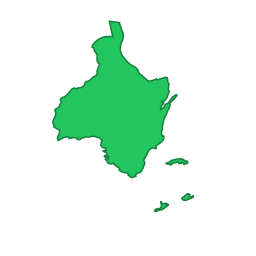 Ilha De Moçambique, Nampula, Mozambique, rotated 51°
{"feature_id": "85939544B37446089230364", "entity_name": "Ilha De Moçambique", "entity_type": "district", "adm_level": 2, "iso_a3": "MOZ", "parent_name": "Mozambique", "parent_adm1": "Nampula", "projection": "equal_earth", "projection_center": [40.649, -15.056], "detail": "fine", "context": "isolated", "style": "filled", "palette": "green", "viewbox_px": 256, "rotation_deg": 51, "n_neighbors": 0, "source": "geoboundaries", "source_scale": "gbopen_adm2", "svg_char_len": 5881}
<svg xmlns="http://www.w3.org/2000/svg" viewBox="0 0 256 256"><g transform="rotate(51 128 128)"><path d="M91.9,189.6L93.0,190.0L93.7,190.1L94.1,189.7L94.0,188.4L95.1,183.6L95.5,182.7L96.5,181.0L97.1,180.3L97.8,179.9L98.6,179.8L99.1,180.4L99.4,180.1L99.3,179.0L100.2,178.4L101.0,176.5L101.7,175.7L103.0,174.8L103.1,174.6L103.7,174.4L104.9,174.4L105.8,173.8L106.6,172.8L106.8,171.9L106.5,170.5L106.7,170.1L107.4,169.5L107.8,167.7L108.2,166.8L109.8,164.8L111.0,163.1L111.7,161.5L113.2,159.5L114.3,158.7L116.0,157.9L116.5,157.0L117.3,156.6L121.2,155.8L121.5,156.0L121.6,156.7L121.9,157.1L123.5,159.2L124.2,159.9L125.5,160.1L126.6,160.1L127.6,159.7L128.4,159.1L128.8,158.4L129.1,158.1L129.5,158.1L130.0,158.5L131.2,158.4L131.5,158.7L131.6,159.0L131.6,159.5L130.7,160.4L130.4,160.9L130.2,161.8L131.9,161.3L132.4,160.8L133.2,160.3L133.9,160.2L134.7,160.4L135.0,161.0L135.1,161.4L135.2,161.8L135.7,162.2L135.7,162.6L135.2,163.1L134.8,163.6L135.2,164.3L135.7,164.3L136.7,163.8L137.3,163.1L137.5,162.1L138.0,161.1L138.3,161.0L139.1,161.6L139.3,162.5L139.0,162.9L138.8,163.7L138.1,164.7L138.3,165.5L139.5,165.0L140.2,164.9L140.9,165.3L141.4,165.7L143.0,165.6L143.9,164.7L144.9,164.5L146.2,161.8L146.6,161.6L148.1,161.7L149.5,161.3L150.3,161.2L154.1,159.9L154.6,160.1L154.7,160.7L155.1,161.2L155.7,161.3L156.5,161.2L159.7,159.5L161.1,158.1L161.8,157.6L162.0,157.1L162.6,156.8L164.2,157.0L164.8,157.6L165.4,157.5L166.0,157.0L167.6,157.0L168.4,156.5L169.1,155.9L169.6,155.1L169.8,154.0L170.6,152.3L170.5,152.1L169.3,152.2L169.1,151.3L169.1,150.1L169.2,148.9L169.8,147.1L170.3,146.3L170.1,145.0L168.7,141.8L167.6,140.0L166.8,138.2L165.7,137.0L164.9,136.5L164.2,136.3L163.5,136.5L163.0,136.2L161.7,133.3L161.3,131.7L159.3,128.0L158.6,125.5L158.4,124.3L158.5,122.1L159.4,120.8L160.5,120.2L161.1,120.0L161.5,119.5L161.6,118.8L161.3,118.2L160.1,118.0L159.6,117.6L159.4,116.9L159.7,115.9L159.8,114.2L159.8,111.0L159.5,108.5L158.6,106.6L157.8,105.9L157.1,105.4L156.5,105.5L156.2,106.1L155.1,106.0L154.3,105.8L152.1,104.5L151.7,104.1L151.2,102.9L150.7,102.2L149.0,100.8L147.6,99.3L146.1,97.5L145.5,96.5L144.2,95.1L142.8,92.6L142.0,90.4L139.8,86.7L139.4,85.5L138.8,84.5L138.4,83.4L137.1,81.3L136.2,80.4L134.9,79.5L134.8,79.0L134.6,75.9L134.3,72.8L133.6,69.5L133.2,69.3L132.7,69.3L132.5,69.6L132.3,70.2L131.9,73.2L132.1,74.8L132.9,77.3L133.2,78.8L133.9,80.3L134.0,81.1L133.3,83.5L133.4,85.3L134.4,86.6L134.5,87.4L134.4,89.1L134.1,90.3L134.2,90.9L133.9,91.2L132.8,89.3L132.0,88.6L131.7,88.0L131.6,86.3L131.1,84.4L130.6,84.3L130.1,84.9L129.3,85.2L128.8,85.0L128.8,84.5L129.4,83.7L129.6,83.1L129.7,82.2L129.6,81.0L129.1,79.0L127.7,76.6L127.2,75.9L126.5,74.5L125.9,74.0L125.2,72.8L124.7,72.5L123.3,72.5L122.3,71.6L122.3,71.2L122.0,70.9L121.3,70.7L121.0,70.3L120.7,69.6L120.1,68.8L119.5,68.4L117.1,68.0L114.4,66.1L113.5,65.9L112.9,66.3L112.4,66.8L111.8,67.6L111.0,70.1L110.0,72.2L109.5,74.4L108.9,75.0L107.8,74.7L107.1,77.8L106.7,78.3L105.6,81.2L104.2,82.5L103.7,82.8L94.6,84.4L93.8,84.9L92.4,84.9L92.0,84.7L90.5,84.4L89.5,83.8L86.4,83.9L84.4,84.4L83.9,84.8L82.9,85.0L80.2,86.2L76.0,86.8L71.8,87.0L66.8,86.7L66.4,86.5L66.0,86.5L63.6,85.5L62.2,84.7L61.8,84.2L60.9,83.5L60.5,82.8L59.9,82.6L59.3,81.8L58.7,81.3L57.2,78.9L56.2,76.7L54.3,74.5L52.5,72.9L50.5,71.9L49.4,71.7L48.4,71.3L47.9,71.3L47.0,70.8L46.5,70.8L44.3,69.7L43.8,69.7L42.8,69.3L41.8,69.1L40.8,68.2L33.3,75.3L47.6,82.5L45.2,84.7L44.9,85.3L44.4,85.7L44.2,86.4L43.3,87.4L42.4,88.7L41.6,90.6L41.0,92.9L40.5,96.1L40.5,99.4L41.1,102.6L41.7,103.9L42.5,105.1L44.1,104.4L45.1,104.4L47.3,105.6L49.9,105.6L51.1,105.9L52.3,106.3L55.7,109.3L56.8,109.9L58.9,110.1L60.1,109.9L60.8,110.5L61.8,112.1L62.3,113.5L63.1,114.4L64.5,116.5L66.6,117.9L66.9,118.6L67.1,119.4L66.5,122.8L66.5,124.5L66.8,126.0L66.7,126.4L66.9,127.4L66.8,128.2L66.6,129.1L65.8,131.2L65.7,132.3L66.0,133.3L66.5,134.0L66.9,134.3L67.2,135.0L67.5,136.1L67.4,137.4L67.1,138.9L65.3,141.9L65.2,142.6L65.0,143.4L64.5,143.9L63.3,144.3L62.5,146.4L62.5,147.3L62.8,149.5L63.4,152.2L63.7,153.2L63.9,155.6L63.8,158.1L63.1,159.4L62.8,161.7L62.9,162.3L63.9,162.9L65.3,163.2L66.0,163.8L66.5,164.7L66.9,166.2L68.0,167.5L68.2,168.3L68.2,170.6L67.6,172.1L67.8,173.2L68.6,174.0L70.5,174.5L72.2,175.8L73.1,177.2L73.5,178.3L74.3,180.0L75.7,182.2L76.2,182.5L76.8,183.1L78.0,183.4L78.9,183.7L79.6,184.4L80.6,184.9L84.8,183.4L85.7,182.8L86.8,182.8L88.4,184.1L89.7,186.2L90.2,187.5L91.1,188.8L91.9,189.6ZM191.9,106.9L192.0,105.4L192.7,104.4L192.6,103.7L191.8,102.7L191.3,102.7L190.1,103.9L189.6,104.2L188.8,104.3L188.2,104.7L186.5,105.2L186.0,106.1L185.8,106.3L185.4,106.1L184.9,106.2L184.4,107.8L182.8,109.7L181.2,113.3L180.6,114.2L180.5,115.1L180.5,117.7L179.9,118.6L180.0,118.8L179.6,120.0L179.3,120.6L179.6,120.8L180.3,120.6L180.6,120.1L181.8,119.0L182.3,118.4L182.6,118.1L182.7,118.5L183.1,118.6L183.5,118.0L183.9,116.7L183.6,116.2L183.4,115.4L184.8,113.1L185.9,110.5L186.7,110.2L187.2,110.6L187.8,110.6L188.3,109.9L188.9,109.5L189.0,108.5L188.4,108.5L188.3,108.0L189.4,107.6L189.8,107.0L190.3,106.8L190.8,107.0L191.0,106.8L191.5,107.4L191.9,106.9ZM213.3,149.0L213.3,145.4L212.9,144.8L212.5,145.1L212.6,146.9L212.6,147.4L212.2,147.4L211.9,147.1L211.7,145.9L211.5,145.5L211.0,145.3L210.6,145.6L210.3,146.2L209.4,147.3L209.3,148.2L208.8,149.0L208.4,149.1L206.2,148.5L206.0,148.9L206.5,149.4L209.5,150.8L210.0,151.7L210.1,152.5L210.6,152.7L210.6,154.6L210.1,155.0L209.6,155.1L209.6,156.2L208.7,156.9L208.6,158.0L208.9,158.9L209.3,159.6L210.8,158.1L211.5,155.4L212.7,153.5L213.3,149.0ZM221.8,124.6L222.6,122.1L222.7,121.0L222.3,120.1L221.6,120.1L221.6,121.6L221.4,122.2L221.0,123.0L220.6,123.1L220.1,122.9L219.3,123.1L218.6,123.1L218.4,122.4L218.5,121.7L218.1,121.8L217.7,122.4L217.0,122.6L216.5,123.6L216.5,126.7L216.9,127.7L216.2,129.3L216.3,130.0L216.6,130.4L218.1,130.5L219.5,130.0L219.9,129.6L220.2,129.2L221.1,127.3L220.9,126.6L221.7,125.3L221.8,124.6Z" fill="#22c55e" stroke="#15803d" stroke-width="1.5"/></g></svg>